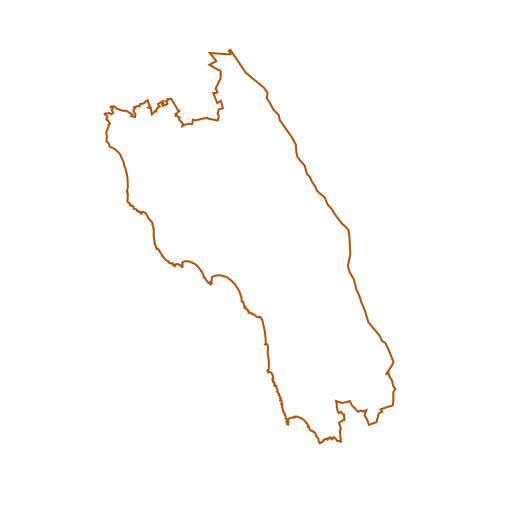 outline of Eden, Western Cape, South Africa, rotated 66°
{"feature_id": "47623444B71894478343084", "entity_name": "Eden", "entity_type": "district", "adm_level": 2, "iso_a3": "ZAF", "parent_name": "South Africa", "parent_adm1": "Western Cape", "projection": "equal_earth", "projection_center": [22.286, -33.877], "detail": "fine", "context": "isolated", "style": "outline", "palette": "amber", "viewbox_px": 512, "rotation_deg": 66, "n_neighbors": 0, "source": "geoboundaries", "source_scale": "gbopen_adm2", "svg_char_len": 6055}
<svg xmlns="http://www.w3.org/2000/svg" viewBox="0 0 512 512"><g transform="rotate(66 256 256)"><path d="M341.9,178.7L334.2,177.8L327.8,178.0L317.3,176.1L308.8,177.0L302.3,176.1L292.9,169.2L279.8,164.1L270.2,160.9L266.2,162.0L261.4,164.3L249.4,167.1L243.6,167.8L238.1,169.6L230.3,169.4L224.6,172.3L220.8,173.8L216.4,173.6L210.5,174.8L205.5,174.7L202.0,176.1L193.3,174.8L185.8,177.1L181.7,177.8L177.5,176.9L170.4,174.3L162.0,175.0L141.4,179.0L136.2,177.9L129.6,180.5L121.3,181.1L116.3,182.0L111.5,179.1L105.0,180.5L84.7,190.7L57.3,195.6L57.5,197.2L61.1,197.1L60.7,198.9L51.8,215.5L61.8,213.0L62.4,220.7L69.9,215.4L72.5,213.0L79.3,216.1L86.6,224.8L90.6,224.5L90.9,226.0L89.8,228.8L100.6,229.2L99.9,225.0L107.5,226.2L106.9,230.4L110.9,233.4L112.8,232.9L116.6,235.8L111.0,243.9L109.8,244.2L107.3,256.6L105.7,258.3L109.4,260.4L107.6,264.3L107.1,268.2L107.4,270.5L105.5,269.0L100.0,270.9L98.6,269.4L96.9,270.8L95.3,271.1L95.2,272.5L94.4,272.2L93.8,271.1L93.4,271.2L93.5,270.5L92.5,268.0L92.4,267.0L92.1,266.9L90.8,268.0L78.2,269.4L78.1,270.1L77.5,270.4L77.6,271.5L76.6,273.0L78.2,273.7L78.3,274.5L77.9,275.4L79.7,274.7L81.0,275.1L81.4,276.8L80.9,278.1L81.1,280.1L78.9,280.1L78.6,279.8L78.7,278.8L76.5,278.2L77.3,283.7L78.6,283.8L80.2,283.2L81.0,286.8L83.4,288.3L82.5,289.1L84.3,293.5L77.8,291.9L77.9,292.4L76.5,294.1L76.2,292.1L75.7,291.8L72.3,292.1L69.7,291.6L69.7,293.5L70.7,295.5L70.9,297.2L70.0,299.9L71.9,301.5L71.0,302.2L70.5,306.7L71.6,306.0L73.0,308.9L75.8,308.7L77.1,308.2L79.9,310.1L77.4,313.1L76.6,311.3L71.5,314.8L69.8,316.6L69.6,318.1L64.8,323.2L61.4,324.9L60.5,328.1L60.8,328.4L62.2,326.9L62.7,326.8L63.5,327.4L63.8,328.5L67.1,328.2L67.7,330.6L65.5,331.9L65.4,333.6L64.5,335.7L64.6,336.5L65.3,336.5L66.0,335.6L67.8,335.1L68.7,335.3L69.5,336.7L70.3,337.1L71.0,337.0L72.0,335.9L73.7,336.1L75.9,335.6L76.4,337.6L78.5,338.5L80.4,341.1L82.1,342.5L86.2,343.7L90.5,346.0L91.8,345.1L93.0,344.8L96.8,345.2L97.4,344.3L101.0,341.4L105.5,339.4L107.3,338.9L116.0,338.7L121.0,339.8L121.8,339.5L128.8,340.7L132.8,341.8L141.5,345.3L143.9,347.4L144.1,347.2L144.9,347.7L145.4,347.4L145.9,348.0L147.2,347.9L147.3,348.3L148.6,348.5L150.7,349.8L151.3,349.7L152.8,350.9L154.9,351.1L156.6,349.9L158.2,350.6L158.7,350.3L159.0,349.1L159.6,349.2L160.9,347.9L163.2,348.5L164.5,346.5L165.2,346.1L166.2,346.4L166.7,345.5L168.4,344.8L168.6,344.4L168.3,344.0L169.0,343.2L169.8,343.0L170.5,343.7L170.6,343.0L169.7,342.1L169.6,341.2L170.8,340.0L173.3,339.1L178.4,338.9L180.7,337.8L181.5,338.1L182.3,337.4L183.9,337.2L186.0,338.1L187.5,337.9L188.8,338.6L189.7,338.4L196.5,341.5L197.6,341.5L200.0,342.5L200.7,342.3L202.9,343.4L203.9,343.2L204.4,343.8L206.7,343.4L207.4,343.9L207.7,343.5L208.7,343.9L209.4,343.7L209.6,342.8L210.2,342.4L211.9,342.4L212.7,341.9L213.4,342.1L216.9,341.5L217.4,341.8L218.4,341.1L219.2,341.3L220.0,340.8L223.0,340.1L225.1,338.3L226.7,338.3L228.3,336.7L228.3,335.8L228.7,335.0L230.8,335.3L232.2,334.3L230.8,333.2L231.4,331.0L234.3,328.4L235.0,328.6L235.5,327.9L235.8,328.2L236.2,327.8L235.1,327.3L234.8,326.8L232.2,326.2L231.8,324.6L232.1,322.3L234.1,318.8L238.5,315.0L241.5,313.6L246.3,312.3L251.6,311.7L254.5,312.4L255.2,311.4L257.3,311.5L260.3,310.5L260.9,309.9L261.4,310.3L261.7,309.6L262.3,309.5L262.5,308.7L263.5,308.8L263.2,307.6L262.2,307.4L261.8,306.6L261.9,307.7L261.4,307.3L261.6,306.8L260.9,307.4L260.4,306.5L257.4,304.9L257.4,300.9L258.8,296.9L263.3,291.3L268.5,288.5L273.5,286.7L278.8,285.8L283.4,285.7L288.2,286.2L291.5,287.5L292.1,287.3L292.3,286.6L292.9,286.3L293.3,286.8L294.3,286.5L297.1,287.2L297.6,286.6L298.1,287.1L298.3,286.4L299.2,287.0L300.3,286.3L300.5,286.6L302.5,285.2L302.9,285.6L303.4,285.2L304.7,285.8L305.3,284.7L306.2,284.3L306.5,283.2L307.8,283.0L308.3,281.8L311.9,280.1L312.9,278.6L312.8,277.7L313.9,277.6L314.0,276.6L317.0,276.3L328.4,278.6L335.3,280.8L340.3,282.9L340.5,283.4L340.7,283.1L340.5,282.4L341.4,281.6L344.5,282.3L349.8,285.0L356.4,286.8L361.7,288.9L364.5,290.4L365.3,291.9L365.6,291.4L366.6,291.6L367.8,292.9L367.2,291.5L367.7,290.3L369.1,289.5L371.5,289.2L374.5,289.9L374.8,290.1L374.7,290.5L375.7,290.4L375.8,291.3L376.7,291.1L377.5,291.5L377.7,291.1L378.6,290.9L378.7,291.3L380.3,291.0L381.4,291.7L381.4,291.1L382.6,290.7L382.9,291.0L383.2,290.4L384.4,290.9L387.0,290.6L388.3,291.8L388.4,291.4L390.6,291.4L391.3,291.0L392.4,291.8L392.7,291.4L395.8,291.3L396.0,291.9L397.0,291.6L397.8,292.5L398.0,292.0L399.1,291.7L400.4,292.1L401.4,293.0L401.7,292.5L402.2,293.0L403.2,292.6L404.9,293.9L406.0,293.7L406.9,294.2L407.7,293.9L407.8,294.2L409.3,294.2L409.5,294.5L410.5,294.4L411.4,293.8L412.3,294.4L414.4,294.0L416.1,295.0L416.9,294.9L417.6,294.1L419.2,294.3L419.8,294.9L419.7,295.5L420.2,295.3L420.2,294.8L422.3,295.9L423.0,295.1L421.0,294.1L418.3,293.6L417.8,290.3L419.0,287.3L418.6,287.2L418.6,286.4L419.0,286.1L418.6,285.7L419.4,283.8L423.0,280.3L425.4,278.9L428.1,277.9L430.4,277.4L432.2,277.4L432.4,277.7L432.7,277.4L433.3,277.9L433.8,277.1L435.7,277.4L437.8,277.1L438.8,275.3L440.2,275.2L440.4,274.6L441.4,274.1L443.8,273.9L444.2,274.4L446.9,273.6L449.1,273.5L451.5,274.2L453.1,273.7L452.8,272.9L453.0,272.5L452.6,270.9L452.8,270.7L452.2,269.4L451.8,269.5L451.4,268.9L451.5,266.9L451.9,266.4L451.7,266.0L452.2,265.7L452.1,265.4L452.7,265.3L452.1,264.2L452.5,263.9L452.5,263.5L451.8,262.3L452.1,261.7L453.7,261.7L454.3,261.3L454.4,260.9L454.0,260.7L454.3,260.5L453.4,259.9L453.1,258.9L453.6,258.9L454.2,257.9L456.1,257.3L457.6,257.4L459.1,254.7L459.9,254.6L460.2,254.0L449.7,250.5L448.1,248.7L442.2,248.1L441.3,242.5L441.7,242.0L436.8,240.1L436.7,240.7L432.8,241.7L433.0,244.4L430.3,244.4L425.1,243.0L423.8,242.3L421.0,241.9L425.5,236.7L426.8,229.2L431.3,229.2L439.7,226.1L439.8,223.3L441.6,221.6L441.7,218.0L445.4,221.6L450.9,221.0L456.2,221.6L456.8,213.6L449.8,207.8L449.5,204.1L446.8,204.6L447.4,197.0L448.2,192.9L447.9,191.7L444.7,189.7L436.4,186.0L434.1,182.7L430.5,183.5L424.8,182.4L421.0,183.1L418.5,183.0L416.1,182.3L417.3,185.8L411.4,176.4L408.7,173.4L395.7,173.0L388.0,173.2L385.2,175.4L379.2,175.4L362.4,180.3L349.0,178.6L341.9,178.7Z" fill="none" stroke="#b45309" stroke-width="2"/></g></svg>